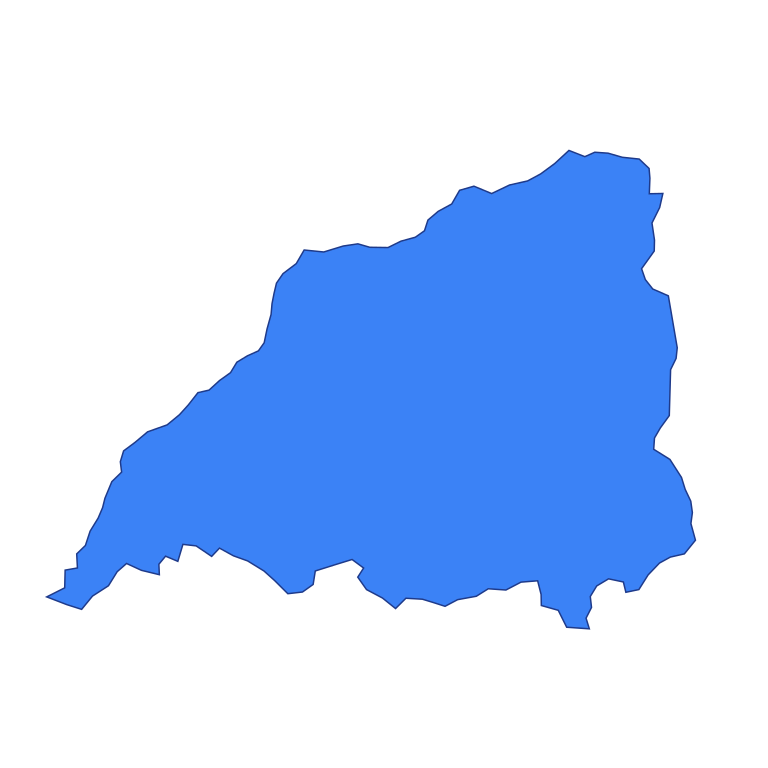 the district of Guabiju, Rio Grande do Sul, Brazil, rotated 94°
{"feature_id": "56859067B87020577713641", "entity_name": "Guabiju", "entity_type": "district", "adm_level": 2, "iso_a3": "BRA", "parent_name": "Brazil", "parent_adm1": "Rio Grande do Sul", "projection": "natural_earth1", "projection_center": [-51.652, -28.591], "detail": "fine", "context": "isolated", "style": "filled", "palette": "blue", "viewbox_px": 768, "rotation_deg": 94, "n_neighbors": 0, "source": "geoboundaries", "source_scale": "gbopen_adm2", "svg_char_len": 1872}
<svg xmlns="http://www.w3.org/2000/svg" viewBox="0 0 768 768"><g transform="rotate(94 384 384)"><path d="M613.9,162.1L603.5,166.1L592.4,161.4L581.6,163.4L570.6,157.7L562.7,146.4L564.8,131.4L574.9,128.2L571.3,115.4L556.0,107.2L543.4,96.7L536.7,86.3L532.5,72.5L518.1,62.4L501.8,68.1L490.8,67.4L479.5,69.8L468.1,76.2L456.5,80.7L439.3,93.5L430.3,110.4L419.0,110.4L408.6,105.3L395.6,97.2L349.7,99.1L338.1,94.4L327.4,94.0L276.2,106.5L270.5,122.5L261.6,130.6L251.0,135.1L232.5,123.7L221.6,124.2L204.7,127.9L188.7,121.3L174.5,119.1L175.7,132.6L160.1,133.1L150.5,134.6L141.8,145.1L141.2,162.1L138.1,176.6L138.1,189.9L143.2,199.5L138.1,215.8L152.2,229.1L163.5,242.4L171.4,254.9L176.7,272.6L186.5,289.9L180.4,308.1L185.5,322.1L199.7,329.0L208.0,342.0L217.4,351.6L228.3,354.3L235.4,363.0L240.3,377.0L247.6,389.5L248.6,407.7L246.0,419.8L249.2,434.3L256.5,453.3L255.9,473.0L270.0,479.9L280.9,492.4L290.9,498.3L301.2,500.0L311.6,501.3L322.5,501.5L337.2,504.5L351.2,506.4L359.7,511.6L365.4,522.2L372.5,532.3L383.4,537.9L392.0,548.3L402.3,558.1L405.6,569.0L418.6,577.8L428.9,585.9L439.9,597.5L448.2,616.5L459.6,628.3L468.9,639.1L479.9,641.6L490.2,639.6L500.4,648.7L517.4,654.4L527.0,656.1L537.7,659.8L551.3,666.9L565.9,670.6L574.9,678.7L588.9,677.0L591.9,689.1L609.6,688.3L619.9,705.6L626.2,685.1L629.9,669.9L615.9,660.0L604.5,644.8L589.9,637.1L581.0,628.3L586.8,613.0L589.9,594.8L579.5,596.0L571.0,589.9L575.3,577.3L558.0,573.4L558.6,560.1L568.0,543.9L559.2,536.7L565.9,522.2L570.0,507.7L578.9,490.7L587.7,479.4L599.9,465.3L597.2,450.8L588.9,440.7L575.3,439.5L568.0,421.0L561.3,403.6L569.0,391.5L578.5,396.7L590.3,387.1L597.6,370.6L607.2,356.8L596.2,347.2L596.0,330.7L598.6,319.4L601.5,307.6L594.0,295.5L589.3,277.1L581.0,265.7L581.0,248.0L572.1,233.5L569.6,217.0L583.0,212.6L594.0,211.6L597.6,194.4L613.9,184.8L613.9,162.1Z" fill="#3b82f6" stroke="#1e3a8a" stroke-width="1.5"/></g></svg>